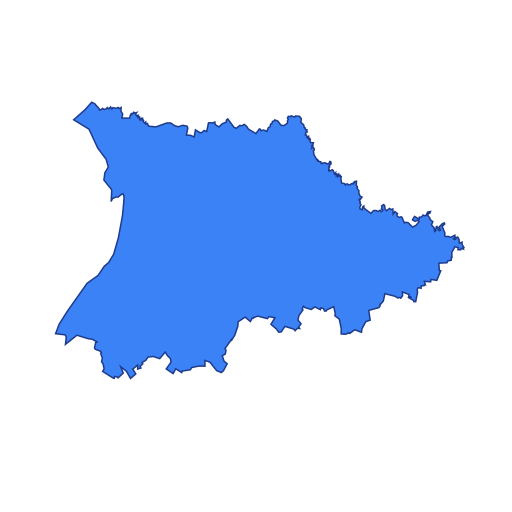 the district of Gert Sibande, Mpumalanga, South Africa, rotated 190°
{"feature_id": "47623444B27645248540404", "entity_name": "Gert Sibande", "entity_type": "district", "adm_level": 2, "iso_a3": "ZAF", "parent_name": "South Africa", "parent_adm1": "Mpumalanga", "projection": "natural_earth1", "projection_center": [29.797, -26.609], "detail": "fine", "context": "isolated", "style": "filled", "palette": "blue", "viewbox_px": 512, "rotation_deg": 190, "n_neighbors": 0, "source": "geoboundaries", "source_scale": "gbopen_adm2", "svg_char_len": 6077}
<svg xmlns="http://www.w3.org/2000/svg" viewBox="0 0 512 512"><g transform="rotate(190 256 256)"><path d="M346.4,371.9L350.8,372.0L355.0,369.8L358.8,370.2L363.1,372.2L367.0,371.5L376.9,365.8L384.5,365.2L385.9,367.7L387.5,366.9L387.9,368.8L388.9,367.6L390.5,369.0L390.2,370.0L391.4,370.9L391.6,372.0L393.4,371.7L393.6,370.9L392.7,370.1L394.0,369.8L395.1,372.1L396.1,371.7L396.7,372.3L395.8,373.0L397.0,373.0L396.6,374.1L398.3,373.6L399.3,374.8L398.5,376.5L399.6,375.9L401.4,376.3L401.5,375.2L403.2,374.8L403.0,373.8L403.7,374.1L404.2,372.9L404.4,369.8L411.9,368.6L412.0,372.7L414.2,375.3L414.6,378.8L416.3,377.4L417.4,378.4L419.3,377.2L422.6,377.3L423.4,375.7L425.1,377.6L426.4,375.3L428.2,376.4L429.1,374.8L431.0,374.0L432.9,374.7L433.6,373.5L435.5,372.6L435.8,373.6L441.2,377.9L444.5,378.9L449.7,370.5L459.2,358.5L442.5,351.9L430.6,334.8L420.4,325.2L416.9,318.0L419.3,311.7L419.0,304.4L410.1,296.6L409.4,295.3L408.1,284.5L407.4,287.5L404.0,289.9L402.2,290.0L399.1,293.4L397.5,294.1L396.1,290.8L395.5,285.1L394.5,272.7L394.7,249.9L396.5,233.0L400.0,224.0L403.6,219.6L408.2,209.4L417.6,199.8L432.4,168.4L438.0,154.7L439.9,144.7L430.4,145.2L428.8,143.4L428.3,135.9L418.6,146.9L406.8,145.4L402.7,145.6L397.7,143.8L398.9,142.8L399.1,137.5L398.0,136.2L392.5,135.2L391.6,134.1L392.1,133.2L389.6,128.8L389.7,124.9L387.9,123.3L386.0,118.5L387.0,115.7L375.5,111.0L374.4,110.9L374.4,112.8L371.7,112.8L370.7,112.0L366.4,117.6L370.0,123.5L363.6,120.0L358.3,113.6L353.9,119.0L357.7,123.2L353.6,128.1L352.9,124.1L349.9,125.7L350.9,127.4L348.8,130.1L349.7,131.3L346.4,134.1L344.8,137.7L339.7,139.2L333.0,138.2L328.7,145.6L326.0,142.5L322.6,140.2L321.2,136.8L324.8,129.2L317.2,125.8L315.5,131.0L308.9,128.3L308.6,129.9L300.8,132.6L300.1,134.9L293.4,137.6L287.1,138.7L288.2,144.3L282.9,143.4L274.9,136.3L269.9,135.2L268.1,137.4L265.7,144.9L269.2,146.9L271.9,151.9L269.2,154.1L269.2,158.0L270.4,159.7L265.7,169.4L265.3,169.0L263.1,174.5L261.7,183.9L262.2,188.1L256.1,193.9L250.2,190.5L248.8,194.4L247.8,194.3L247.8,194.9L243.8,197.1L233.9,196.3L232.8,198.5L229.6,198.5L226.7,198.5L229.4,191.3L223.0,187.5L220.4,184.9L218.0,185.6L215.3,191.7L206.2,190.6L204.5,189.2L202.7,192.0L200.4,192.2L201.6,193.6L199.9,197.1L203.5,200.1L203.4,204.7L200.4,211.1L201.4,211.9L200.5,214.7L199.2,213.8L192.4,212.9L189.1,216.1L183.3,214.3L183.2,216.1L180.4,216.0L179.0,213.7L177.4,213.9L176.9,215.2L170.7,219.6L168.0,213.3L167.9,210.8L163.0,208.3L159.5,199.4L158.6,194.0L154.3,194.5L152.0,195.8L151.9,196.6L150.2,196.0L146.0,200.5L138.9,199.2L139.0,202.8L136.4,210.5L132.4,212.6L135.5,222.0L126.0,226.5L125.1,228.4L125.5,230.1L124.7,230.4L122.8,233.7L122.5,241.3L112.4,240.5L108.8,239.3L107.2,240.2L106.1,239.6L104.7,242.3L105.6,246.0L98.5,244.6L98.7,241.6L97.8,241.3L97.4,242.7L96.3,242.4L97.0,241.0L92.9,239.5L92.7,238.5L90.8,238.7L90.6,248.5L91.5,251.0L90.8,253.0L87.8,252.9L88.1,255.2L85.2,256.1L84.8,257.6L84.4,257.4L85.8,260.3L79.5,260.9L79.6,263.3L73.7,263.4L71.5,273.5L72.9,273.4L74.7,280.7L66.8,282.5L66.2,284.5L63.0,285.7L63.3,288.8L62.8,288.8L63.8,293.5L61.7,299.7L58.2,299.4L58.3,297.3L55.5,297.6L55.3,299.1L52.8,298.8L53.5,300.5L52.9,300.6L55.3,303.5L55.4,305.4L58.0,304.0L58.9,307.6L60.7,309.7L61.9,308.9L62.3,307.2L63.4,306.7L64.6,307.2L63.1,309.0L63.8,311.0L67.5,308.2L70.2,308.7L72.4,308.0L73.8,308.8L73.9,311.3L77.8,317.5L75.7,320.3L76.4,321.3L78.1,320.2L80.8,316.2L78.8,313.5L79.7,312.8L80.8,313.4L82.9,316.5L83.6,316.0L83.3,314.8L84.1,313.2L83.3,312.2L84.3,311.2L85.4,314.6L88.6,317.1L87.8,320.5L91.0,322.2L91.4,323.6L94.0,325.9L93.5,327.8L92.2,328.3L91.9,330.1L94.6,329.1L95.6,325.5L96.6,324.9L98.5,325.4L99.8,323.1L101.9,322.6L101.8,320.6L106.7,322.5L108.2,319.0L107.9,318.5L105.1,317.8L103.0,319.3L101.4,318.1L103.6,314.2L106.8,311.6L111.9,315.2L114.1,315.3L115.6,314.3L119.0,319.5L120.0,319.8L121.5,318.8L123.6,319.7L124.4,320.7L124.0,322.3L126.9,323.9L128.2,321.1L129.4,326.1L131.0,325.2L132.8,326.0L135.3,323.3L136.9,324.4L138.2,328.2L139.4,328.8L141.0,327.0L140.4,326.1L140.7,324.0L139.0,323.3L140.1,321.4L141.9,322.5L143.7,321.0L145.6,321.7L148.2,321.1L150.2,317.9L158.0,321.9L158.5,323.9L159.5,322.9L159.5,320.0L161.8,320.5L162.3,322.0L161.5,324.7L163.0,326.2L162.6,327.1L164.3,329.5L163.7,330.2L163.1,329.8L161.8,332.4L164.0,333.1L165.9,336.5L165.9,338.0L168.3,340.3L168.0,341.4L169.6,343.4L170.0,347.1L171.7,346.5L172.1,345.2L172.8,345.3L172.8,343.9L174.6,343.8L175.7,342.4L177.2,342.1L178.3,342.9L179.9,342.4L180.2,341.4L181.7,342.7L184.4,342.7L185.9,347.2L185.8,348.9L187.0,348.9L186.5,349.4L187.4,350.3L188.4,349.9L188.7,350.7L189.3,348.6L189.7,349.6L190.3,349.1L190.0,350.2L190.6,349.9L190.3,351.3L190.9,350.2L191.0,350.9L192.2,350.8L192.2,351.5L192.6,350.8L192.2,350.3L192.8,350.0L194.7,353.5L195.8,354.2L198.6,352.2L199.3,352.8L198.8,354.5L199.4,353.9L199.6,355.5L198.9,356.5L199.7,357.3L198.0,360.0L198.8,361.9L199.8,361.9L200.3,359.4L202.9,359.2L203.9,359.9L206.4,359.0L206.3,359.7L206.8,358.5L208.0,358.5L208.6,360.1L210.0,359.8L211.1,360.9L211.8,360.3L212.3,361.7L212.9,361.5L216.5,365.8L217.7,369.3L217.1,370.3L217.3,371.8L218.8,373.1L219.6,372.2L219.2,374.0L220.1,373.7L220.0,375.0L219.4,375.4L219.1,377.5L221.8,377.2L223.1,378.8L222.6,379.5L223.0,380.6L224.1,381.4L223.9,380.4L224.6,380.3L225.5,381.2L224.8,381.7L225.0,383.0L226.5,381.9L227.2,383.8L228.4,383.8L228.4,386.1L227.1,387.2L228.1,387.9L227.6,389.0L229.4,389.2L229.6,390.6L230.7,390.8L231.9,393.6L234.9,395.3L235.3,399.2L237.4,401.1L241.4,400.8L242.2,399.5L245.7,400.2L246.6,399.1L248.4,399.2L249.0,397.2L247.9,396.2L248.5,394.6L248.1,392.2L251.2,389.2L254.2,389.2L258.0,392.7L261.1,393.3L261.5,392.2L263.1,391.4L263.5,388.9L264.6,388.4L264.5,385.8L266.1,384.6L267.0,380.6L270.4,381.4L273.0,380.2L273.7,381.6L274.8,381.7L277.3,376.6L285.5,379.6L287.7,382.1L290.5,383.6L292.5,381.8L294.6,381.8L297.5,378.4L300.0,378.9L307.6,386.1L308.8,384.6L308.5,382.7L312.2,380.4L314.9,376.7L319.0,378.3L319.8,380.8L321.4,379.7L325.9,378.9L326.2,370.1L328.9,370.6L330.9,368.1L332.4,367.7L337.5,369.7L337.6,362.5L341.6,363.5L345.5,362.9L345.4,370.2L346.4,371.9Z" fill="#3b82f6" stroke="#1e3a8a" stroke-width="1.5"/></g></svg>